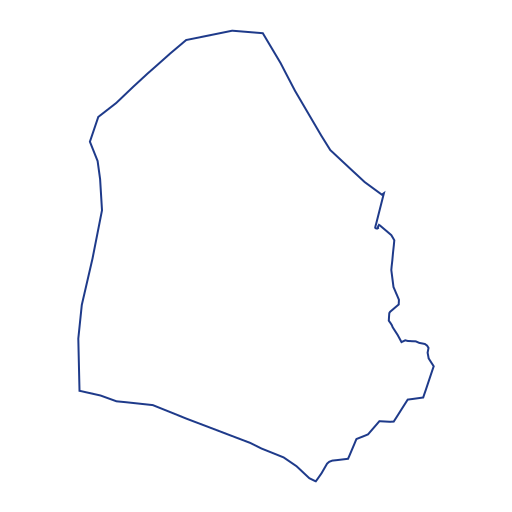 Dar-Tama, Wadi Fira, Chad (Equal Earth projection)
{"feature_id": "50815135B35128958764518", "entity_name": "Dar-Tama", "entity_type": "district", "adm_level": 2, "iso_a3": "TCD", "parent_name": "Chad", "parent_adm1": "Wadi Fira", "projection": "equal_earth", "projection_center": [22.272, 14.447], "detail": "fine", "context": "isolated", "style": "outline", "palette": "blue", "viewbox_px": 512, "rotation_deg": 0, "n_neighbors": 0, "source": "geoboundaries", "source_scale": "gbopen_adm2", "svg_char_len": 1811}
<svg xmlns="http://www.w3.org/2000/svg" viewBox="0 0 512 512"><path d="M315.8,481.3L317.5,479.0L321.5,473.3L327.1,463.6L329.2,461.8L332.3,460.6L337.1,460.1L344.6,459.2L347.9,458.8L348.0,458.8L349.1,456.4L354.1,444.6L356.3,439.3L356.4,439.2L356.5,439.0L366.1,435.2L366.5,435.0L368.0,434.4L379.4,421.2L390.3,421.8L391.4,421.7L391.8,421.7L393.7,421.6L396.6,417.1L402.1,408.4L407.7,399.6L412.4,399.0L423.2,397.5L424.3,394.2L425.8,389.9L432.6,369.5L433.7,366.3L431.8,363.3L431.7,363.2L428.6,358.3L428.6,358.0L427.6,352.7L428.5,348.0L428.5,347.9L427.1,345.6L424.9,344.0L422.5,343.5L419.3,342.9L416.1,341.5L415.6,341.3L415.4,341.3L414.6,341.3L411.5,341.2L410.7,341.1L407.9,341.0L405.2,340.3L404.7,340.6L402.5,341.6L401.5,342.1L397.6,334.9L395.4,331.5L392.7,327.3L391.8,325.1L390.6,323.2L388.8,320.7L389.0,317.1L389.3,313.1L390.1,311.8L394.9,307.7L398.7,304.5L398.7,304.4L398.9,300.7L398.9,299.7L396.5,294.0L396.4,293.9L395.0,290.5L394.6,289.6L394.0,288.2L393.5,287.1L391.3,270.0L391.7,265.8L391.9,264.1L392.3,260.6L393.0,252.9L393.8,245.6L394.3,240.3L392.8,237.6L392.5,237.2L392.3,236.8L391.3,235.1L380.1,225.6L379.0,224.9L378.8,225.3L378.3,226.0L378.2,226.3L378.0,227.1L378.0,227.5L378.1,228.1L377.1,228.6L376.7,228.5L375.6,228.2L375.2,227.7L375.3,227.0L375.9,224.6L376.0,224.4L382.9,197.2L383.9,193.2L381.9,194.7L364.7,182.1L349.5,168.0L330.3,150.1L321.2,135.5L295.0,90.8L285.4,72.4L280.6,63.1L262.8,33.2L234.7,30.9L232.2,30.7L215.0,34.2L186.2,40.0L170.3,53.4L157.5,64.8L147.5,73.6L133.4,86.6L116.2,103.0L98.3,116.9L89.9,141.7L97.6,161.0L100.1,179.1L102.0,210.3L92.5,258.6L81.8,304.9L78.3,338.6L79.5,390.5L79.5,390.8L100.5,395.5L116.5,401.3L125.8,402.2L152.8,405.1L186.3,418.6L250.4,443.0L261.4,448.5L283.6,457.4L296.5,466.2L309.3,478.2L315.0,481.0L315.8,481.3Z" fill="none" stroke="#1e3a8a" stroke-width="2"/></svg>